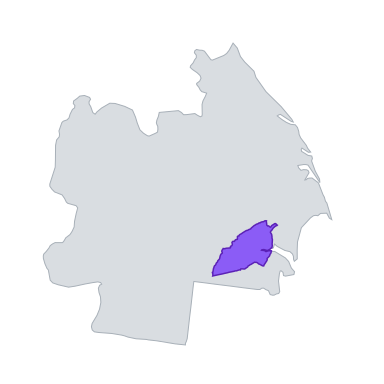 location of Komo, Estuaire, Gabon, rotated 187°
{"feature_id": "22940354B49823101443356", "entity_name": "Komo", "entity_type": "district", "adm_level": 2, "iso_a3": "GAB", "parent_name": "Gabon", "parent_adm1": "Estuaire", "projection": "albers", "projection_center": [10.284, 0.218], "detail": "fine", "context": "in_parent", "style": "filled", "palette": "violet", "viewbox_px": 384, "rotation_deg": 187, "n_neighbors": 0, "source": "geoboundaries", "source_scale": "gbopen_adm2", "svg_char_len": 7193}
<svg xmlns="http://www.w3.org/2000/svg" viewBox="0 0 384 384"><g transform="rotate(187 192 192)"><path d="M275.4,46.0L275.1,49.4L271.3,57.9L269.5,64.4L269.0,71.3L270.1,76.9L272.0,80.8L273.2,85.1L272.3,88.2L270.4,89.5L271.7,91.0L274.5,91.3L279.4,90.0L286.8,87.7L296.5,84.3L302.9,82.5L313.4,83.6L319.1,84.8L322.0,87.2L325.1,97.1L326.7,98.6L329.2,102.8L331.4,107.9L331.8,110.4L331.6,112.3L329.5,115.1L327.1,119.1L326.2,121.5L324.2,123.4L321.7,125.1L314.6,125.9L313.5,127.0L311.6,131.3L307.9,134.9L306.2,138.3L304.7,142.9L305.0,148.6L304.3,156.8L303.5,162.3L305.4,164.3L313.9,165.6L315.5,166.7L317.7,170.1L320.6,173.3L328.4,175.3L331.4,177.7L333.8,180.4L334.1,182.6L332.4,191.5L330.8,200.0L331.4,206.5L332.1,212.7L333.1,221.7L332.7,227.2L330.5,230.6L330.5,233.2L331.5,236.4L329.6,245.1L328.4,246.6L324.9,248.3L323.1,250.6L322.5,254.3L320.7,259.4L318.8,261.2L318.8,263.6L320.6,265.3L320.6,267.9L317.2,271.1L315.1,273.5L310.5,274.7L305.2,273.4L304.0,271.7L305.2,269.0L304.8,266.8L303.0,264.5L300.1,258.7L297.6,257.4L296.2,259.8L292.0,264.3L284.4,270.1L279.1,270.5L269.3,268.8L261.1,266.1L257.2,259.4L254.8,253.9L251.3,247.4L247.3,244.4L243.1,242.4L241.3,242.3L235.3,245.9L233.5,247.3L233.5,250.3L234.0,253.1L235.0,254.5L235.8,256.3L235.6,259.1L234.6,262.8L234.2,267.0L215.4,271.1L212.1,269.6L209.8,267.7L206.9,268.1L198.7,270.2L195.7,268.7L192.8,267.7L191.4,268.6L191.3,270.3L192.7,280.1L192.2,283.8L190.4,288.6L189.5,291.9L194.5,292.8L196.3,294.3L198.0,296.8L200.4,299.1L200.6,300.4L197.9,303.0L196.9,306.1L198.2,308.6L201.6,311.1L206.6,313.7L209.0,315.5L208.8,317.1L206.5,320.5L205.6,323.3L204.1,325.9L204.4,328.3L206.6,330.5L206.4,332.5L204.9,334.0L201.8,333.7L199.2,333.9L196.8,333.3L189.4,325.6L187.8,325.4L177.2,331.3L174.5,333.7L172.4,337.2L169.4,344.8L164.6,340.4L160.4,332.3L155.5,327.4L145.2,319.4L142.5,313.5L130.8,300.6L113.9,287.6L101.8,276.3L100.0,273.8L102.0,274.1L113.7,279.8L115.3,279.1L116.7,277.9L111.6,274.9L106.8,272.6L102.2,271.2L97.7,271.3L95.2,268.9L93.5,265.3L92.7,262.2L90.7,258.9L84.2,252.2L82.6,249.6L79.1,246.1L81.3,245.6L88.2,249.0L88.8,247.7L88.2,245.7L81.3,242.5L77.5,242.3L76.6,240.0L77.1,237.4L72.2,227.7L67.0,220.4L66.2,216.9L80.1,232.8L82.0,233.1L84.4,232.9L90.2,231.2L89.1,229.0L86.5,226.8L84.0,227.8L80.7,228.0L79.0,227.1L78.2,225.4L81.5,217.7L80.1,218.1L79.0,219.5L77.2,220.1L74.5,220.5L67.6,216.4L61.6,205.2L60.0,203.0L58.4,199.1L56.8,197.5L49.9,181.6L52.5,182.8L55.7,187.4L61.8,186.4L64.2,183.8L66.3,183.9L68.5,183.3L71.2,180.8L79.1,169.9L81.2,155.4L80.5,146.9L79.4,138.4L82.0,135.7L83.0,137.5L83.5,140.5L84.7,142.7L87.5,144.7L92.7,145.3L100.8,148.4L103.7,150.4L104.5,146.4L113.8,143.0L111.0,141.8L102.7,143.1L91.4,138.0L87.6,134.8L84.1,128.6L80.5,125.4L80.8,122.5L88.9,119.9L91.0,120.2L91.9,123.4L94.1,124.7L94.9,124.2L95.3,121.5L95.3,114.2L92.8,103.8L93.6,101.8L95.8,101.1L97.8,99.7L99.2,99.4L101.9,99.7L103.3,102.1L104.1,103.4L106.8,104.1L109.1,105.3L111.1,105.0L112.7,103.5L115.1,103.2L122.5,103.2L129.2,103.2L142.5,103.3L155.9,103.3L169.2,103.4L179.3,103.4L179.3,97.4L179.2,88.2L179.1,77.3L179.1,66.9L179.0,57.3L178.9,45.9L179.5,42.6L180.1,41.2L179.9,39.4L190.2,39.2L208.9,40.0L217.1,39.9L219.4,40.1L229.6,39.5L237.9,40.2L241.4,41.0L244.5,41.4L254.4,41.8L267.4,41.2L271.8,41.3L274.2,42.9L275.4,46.0Z" fill="#d9dde1" stroke="#a8b0b8" stroke-width="1"/><path d="M154.2,139.7L154.4,139.0L154.7,138.5L155.0,138.1L155.2,137.4L155.2,136.9L155.1,136.4L154.8,136.0L154.6,135.7L154.5,135.2L154.6,134.9L155.1,134.4L155.4,134.2L155.7,133.6L156.0,132.9L156.2,132.1L156.3,131.3L156.4,130.1L156.5,129.2L156.7,128.7L157.1,128.1L157.6,127.5L157.9,127.0L158.1,126.7L158.1,126.0L158.3,125.5L158.5,125.3L159.1,124.6L159.3,124.1L159.4,123.6L159.5,123.1L159.7,122.5L160.0,122.1L160.5,121.7L160.8,121.2L160.9,120.8L161.0,120.1L161.1,119.5L161.3,118.8L161.4,118.2L161.4,117.1L161.5,115.2L161.7,114.9L162.0,114.7L161.9,114.2L161.5,113.9L161.4,113.5L161.4,113.1L161.3,112.8L161.1,112.1L161.2,111.2L159.8,111.7L155.8,113.1L151.6,114.5L149.8,115.2L146.9,116.2L145.3,116.9L144.0,117.3L143.0,117.6L141.6,118.1L140.6,118.4L139.9,118.8L139.3,119.0L138.6,119.1L137.9,119.3L137.5,119.5L136.8,119.9L135.9,120.3L135.3,120.5L134.4,120.5L134.3,121.5L133.7,121.7L133.1,121.8L131.1,121.9L130.3,122.0L129.7,122.5L129.2,123.0L128.4,123.7L127.9,124.1L127.5,124.6L127.4,124.9L127.3,125.4L127.0,125.7L126.5,125.9L126.1,126.2L125.7,126.7L125.3,127.0L124.8,127.2L123.9,127.9L121.9,129.5L121.4,129.9L120.6,129.9L119.4,130.0L118.6,129.8L118.1,129.5L117.5,129.0L116.7,128.6L116.3,128.6L115.6,128.4L115.0,128.1L114.4,127.9L113.3,127.4L112.7,127.3L112.1,127.3L111.7,127.5L111.7,127.8L111.7,128.1L111.6,128.4L111.1,129.4L110.7,130.1L110.4,130.8L110.2,131.3L109.8,131.9L109.5,132.6L109.2,133.4L109.1,134.0L109.2,134.4L109.3,134.7L109.3,135.2L109.0,135.7L108.6,136.1L108.3,136.5L108.0,136.9L107.5,137.7L107.2,138.1L107.1,138.6L107.1,139.1L107.0,139.6L106.8,140.0L106.5,140.4L106.3,140.9L106.2,141.5L106.1,142.0L106.0,143.3L107.7,143.2L108.8,143.0L109.3,142.8L110.0,142.5L110.5,142.3L111.0,142.0L111.5,141.9L111.8,142.1L112.4,142.5L113.2,142.7L114.7,142.7L115.6,142.6L115.9,142.7L115.5,143.2L115.0,143.3L114.3,143.5L113.8,143.6L113.3,143.6L112.6,143.5L112.1,143.4L111.2,143.2L110.6,143.2L109.9,143.2L109.5,143.4L108.8,143.9L108.2,144.3L107.4,144.9L106.8,145.7L106.4,146.2L105.9,146.4L105.8,148.1L105.8,148.7L105.9,149.2L106.1,149.8L106.2,150.5L106.2,151.5L106.3,153.0L106.4,154.6L106.6,155.1L106.9,155.8L107.1,156.8L107.2,157.6L107.4,158.3L107.6,159.1L107.9,159.8L108.2,160.2L108.6,160.7L109.1,161.2L109.3,161.6L109.2,162.1L109.0,162.6L108.8,163.0L108.4,163.4L108.1,163.9L107.8,164.5L107.5,165.2L107.1,165.9L106.8,166.4L106.3,166.9L105.6,167.7L105.0,168.3L104.2,168.8L103.6,169.1L103.3,169.5L103.7,169.7L104.2,169.9L104.5,170.2L104.7,170.6L105.2,170.8L105.7,170.8L106.1,170.6L106.6,170.3L106.8,169.9L107.4,169.4L108.0,169.1L108.3,168.8L109.0,168.1L109.2,167.5L109.3,167.2L109.6,166.9L109.9,166.7L110.3,166.8L110.7,166.9L110.8,167.0L111.0,167.2L111.5,167.5L111.9,167.7L112.3,167.6L112.7,167.5L113.0,167.7L113.6,168.1L113.8,168.5L113.9,169.0L114.1,169.9L114.2,170.4L114.5,171.2L114.6,172.0L114.6,172.5L115.4,172.4L115.9,172.4L116.4,172.1L116.9,171.7L117.3,171.3L118.0,171.1L118.8,170.9L119.3,170.7L119.8,170.5L120.1,170.2L120.4,169.9L120.9,169.6L121.6,169.5L121.9,169.3L122.2,169.0L122.6,168.6L123.1,168.3L123.7,168.1L124.2,167.9L124.8,167.3L125.2,166.9L125.6,166.7L126.2,166.3L126.6,165.8L127.1,165.3L127.8,164.5L128.2,164.1L128.7,163.6L129.0,163.1L129.2,162.6L129.6,162.4L130.2,162.0L130.8,161.8L131.7,161.1L132.2,160.7L132.7,160.6L133.3,160.4L134.0,159.9L135.6,158.6L136.5,157.9L137.1,157.3L138.3,156.3L139.2,155.7L139.7,155.2L140.0,154.7L140.0,154.2L140.8,153.9L141.2,153.7L141.5,153.3L141.4,152.8L141.3,151.7L141.2,151.2L141.2,150.7L141.5,150.4L142.2,150.3L142.8,150.0L143.3,149.5L143.5,149.0L143.8,148.5L144.1,148.1L144.4,148.1L144.9,148.1L145.4,148.0L145.7,147.7L146.0,147.2L146.2,146.6L145.9,146.0L145.7,145.5L145.6,145.1L145.6,144.6L145.8,144.0L146.1,143.4L146.4,143.2L146.9,143.0L147.2,142.5L147.2,142.0L147.0,141.6L147.1,141.3L147.7,141.0L148.7,140.9L149.2,140.7L150.5,140.5L151.4,140.3L151.8,140.1L152.3,139.8L153.4,139.7L154.2,139.7Z" fill="#8b5cf6" stroke="#5b21b6" stroke-width="1.5"/></g></svg>